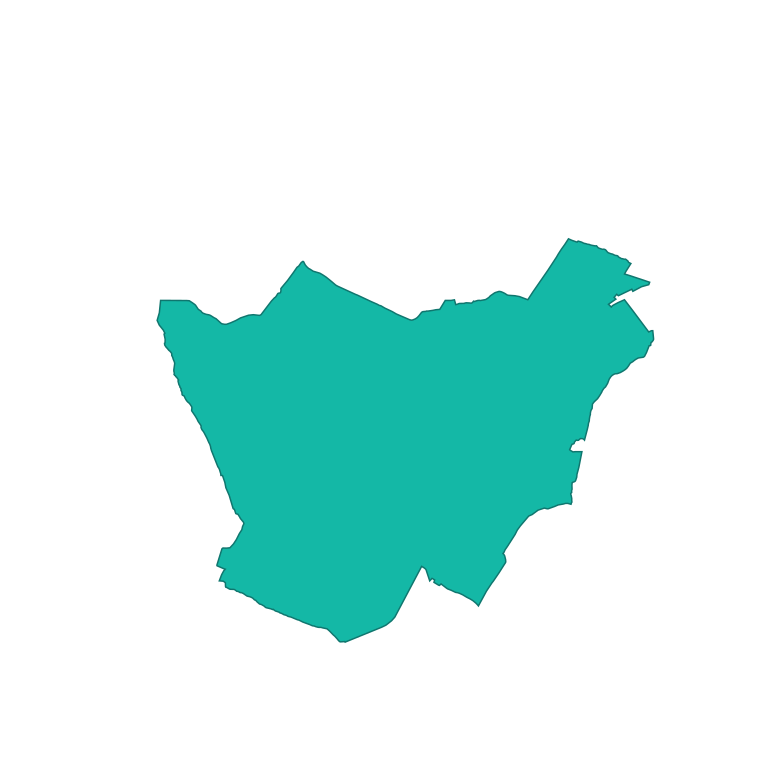 Laza, Vaslui, Romania, rotated 313°
{"feature_id": "2599482B98028982208936", "entity_name": "Laza", "entity_type": "district", "adm_level": 2, "iso_a3": "ROU", "parent_name": "Romania", "parent_adm1": "Vaslui", "projection": "albers", "projection_center": [27.592, 46.65], "detail": "fine", "context": "isolated", "style": "filled", "palette": "teal", "viewbox_px": 768, "rotation_deg": 313, "n_neighbors": 0, "source": "geoboundaries", "source_scale": "gbopen_adm2", "svg_char_len": 6171}
<svg xmlns="http://www.w3.org/2000/svg" viewBox="0 0 768 768"><g transform="rotate(313 384 384)"><path d="M286.1,604.4L302.4,600.2L312.0,598.6L314.4,598.4L324.2,596.9L336.1,594.7L336.9,594.4L338.5,592.7L340.6,589.5L341.1,587.9L341.2,586.6L342.8,586.5L345.4,585.6L349.0,585.1L363.3,582.5L368.1,581.1L373.0,580.5L386.1,579.9L389.6,581.4L396.8,582.7L402.6,585.9L404.0,588.4L404.6,589.1L410.8,592.3L414.4,593.9L418.5,597.0L420.5,598.2L422.0,599.8L423.6,602.8L425.0,602.1L425.7,602.0L426.2,601.5L426.8,600.8L428.3,599.4L430.0,597.1L430.7,595.8L431.3,595.2L432.5,595.3L433.0,595.0L433.7,594.1L435.3,593.3L438.2,590.4L440.2,588.9L440.7,589.0L442.6,590.0L443.2,590.1L444.0,590.0L447.3,588.5L449.6,586.7L456.0,583.3L469.5,574.9L464.9,570.0L463.2,568.5L462.7,566.3L462.5,564.6L466.6,563.1L468.1,562.6L469.6,563.5L470.4,563.5L471.4,562.9L474.1,562.8L474.2,563.1L474.7,563.9L475.5,564.6L478.1,564.9L479.4,566.5L479.8,567.7L479.7,568.9L489.7,563.5L493.0,561.6L494.6,560.4L497.0,559.3L498.3,558.2L500.7,556.6L502.5,555.7L503.3,554.9L504.7,554.0L505.8,553.4L508.0,552.9L511.6,550.1L514.5,549.9L518.9,550.2L522.8,549.6L526.9,548.7L527.7,548.3L529.5,548.0L530.8,547.8L533.0,548.0L537.0,547.1L541.1,545.4L544.2,544.9L546.0,545.0L548.1,545.6L549.0,546.0L550.6,547.5L553.5,549.0L556.6,550.0L559.2,550.6L561.1,550.8L564.0,550.5L567.2,549.9L569.9,550.7L572.2,551.0L574.3,551.5L576.6,552.3L580.3,555.3L581.8,555.7L586.1,554.5L592.8,551.8L593.8,552.6L594.4,552.6L594.8,552.1L596.5,551.0L597.6,551.3L599.4,551.1L600.5,550.7L601.3,549.9L606.3,544.2L605.3,543.2L602.6,542.1L607.3,516.0L609.6,502.4L603.2,499.7L598.3,498.0L597.2,497.7L595.3,497.7L595.4,493.8L604.2,495.7L604.3,493.2L608.3,493.0L608.4,495.2L622.3,500.6L621.5,502.8L630.8,506.0L637.2,509.9L639.6,508.9L631.3,490.7L628.5,484.9L631.5,484.1L640.5,482.4L639.8,480.1L639.9,479.5L640.3,478.5L640.1,475.7L640.0,475.4L639.1,474.6L638.3,473.0L637.7,472.3L636.8,468.7L637.1,468.2L636.9,467.0L635.6,465.1L634.9,462.6L634.0,461.1L632.9,458.4L632.9,456.9L633.2,455.3L633.2,454.4L632.9,453.5L632.5,452.8L631.4,451.8L629.8,448.2L629.7,447.6L630.0,445.2L629.0,444.2L627.2,441.4L626.4,440.0L626.1,439.0L624.9,437.3L624.1,435.5L623.7,435.1L623.6,434.7L623.3,434.4L622.5,431.7L620.9,428.5L619.4,428.4L617.2,423.4L616.0,419.9L609.1,421.1L603.6,421.8L598.0,422.8L594.6,423.6L578.9,426.3L552.9,430.1L543.7,431.7L540.3,423.4L537.8,419.5L533.9,414.7L533.2,413.6L532.6,410.4L532.0,408.4L531.2,406.4L530.2,405.0L526.9,403.1L525.9,402.7L521.3,401.7L520.1,401.6L519.0,401.7L515.5,400.9L514.6,400.4L510.7,397.5L510.3,396.8L509.2,395.7L506.0,393.8L505.7,393.0L504.6,393.1L503.2,393.0L502.5,392.6L501.6,391.3L499.5,388.8L498.3,387.9L497.8,387.8L494.2,384.1L492.1,383.1L491.0,382.3L493.6,378.1L490.8,376.0L486.9,371.8L476.6,373.9L473.7,371.3L471.3,369.6L467.4,366.5L466.3,365.3L465.7,365.1L463.6,363.2L462.8,362.8L461.9,362.6L458.0,363.0L455.2,363.0L453.0,362.5L450.4,361.3L449.3,360.4L448.5,358.9L443.6,345.2L442.6,340.7L440.1,332.9L439.1,328.4L438.2,326.7L437.8,324.9L435.6,318.6L430.8,303.7L430.2,302.3L423.9,283.3L423.4,281.2L423.2,276.1L422.7,268.8L422.0,264.6L421.3,261.5L418.2,255.3L417.5,251.4L417.1,250.1L417.1,247.4L417.4,245.1L418.6,241.8L418.4,241.1L416.5,240.6L412.1,241.2L410.0,240.8L403.9,241.7L393.7,242.9L384.2,243.4L383.3,243.6L382.1,244.9L380.4,245.9L379.5,245.8L378.3,244.8L377.5,244.7L375.2,245.2L373.4,245.4L372.4,245.1L367.9,245.1L350.8,246.8L349.3,246.2L345.5,241.1L341.9,238.0L334.5,234.0L329.5,232.4L324.1,230.1L320.3,228.1L319.1,226.9L317.5,224.4L317.3,223.4L317.2,216.6L316.6,214.6L315.8,210.3L315.2,208.8L313.6,206.3L312.4,203.4L312.2,201.9L312.5,200.5L312.0,197.4L312.1,196.6L313.1,192.5L313.1,191.3L312.7,188.3L312.1,184.8L310.3,182.6L292.8,163.6L282.9,171.1L275.8,174.7L273.8,179.5L272.9,185.8L271.7,189.1L270.5,189.1L267.5,193.4L265.0,195.6L264.6,195.8L264.1,195.7L263.0,197.0L262.4,199.1L262.2,201.5L261.9,203.7L262.0,204.8L261.9,206.2L261.6,207.7L261.3,208.2L260.1,209.3L259.5,211.0L258.3,213.1L257.2,215.6L256.3,216.9L251.2,220.5L250.1,221.5L248.9,223.3L247.8,223.9L247.6,225.2L247.8,225.8L247.4,226.7L247.5,227.8L246.8,231.0L246.2,231.0L245.5,231.6L243.7,234.4L243.1,236.2L242.5,236.9L242.1,238.8L241.0,239.7L240.1,241.9L238.5,243.6L238.4,244.2L238.9,246.1L237.9,248.4L237.2,250.8L237.0,252.6L237.1,254.6L236.9,256.1L236.2,258.9L235.5,259.8L233.5,261.3L233.2,261.8L231.8,267.9L230.9,271.0L229.9,273.5L228.8,278.4L228.3,279.1L227.5,279.7L226.8,281.0L226.3,282.5L226.1,284.1L225.8,285.3L223.6,291.5L221.7,295.9L221.2,297.5L220.0,299.7L218.9,301.1L217.6,303.3L210.1,319.1L210.0,320.0L209.4,321.7L207.1,325.7L205.9,327.1L206.9,328.3L206.5,329.1L203.5,334.7L200.3,339.1L197.0,346.7L190.0,358.6L190.0,359.2L190.3,359.8L189.9,360.8L188.2,363.9L188.3,364.5L189.1,366.0L188.4,368.7L187.6,371.1L187.6,371.8L187.3,373.7L187.2,374.9L186.9,375.8L186.3,376.8L183.4,377.7L180.5,379.4L176.1,380.2L169.6,382.1L164.4,383.0L159.1,383.0L156.4,380.6L154.4,378.3L153.8,377.9L152.9,377.9L137.6,385.3L137.2,385.8L137.3,386.2L139.5,392.4L140.3,394.2L138.1,394.2L133.8,395.3L127.7,397.8L130.2,401.0L130.4,402.7L130.4,403.6L127.9,406.1L127.5,406.8L127.8,407.3L128.7,411.0L129.3,411.9L131.5,414.4L131.8,415.4L132.0,417.7L132.8,418.8L133.4,421.2L133.7,421.4L134.2,422.1L134.8,423.8L135.5,428.5L137.1,431.3L137.8,433.5L137.9,434.5L137.8,436.5L138.3,437.7L138.1,439.6L138.2,443.0L139.1,444.7L139.8,447.7L139.8,449.2L140.0,450.3L142.3,454.4L143.3,456.7L143.7,456.8L143.8,458.6L144.0,459.5L145.5,462.7L145.6,463.9L146.4,465.6L147.1,468.4L147.7,469.3L148.3,470.7L148.6,472.3L150.0,474.7L152.5,481.4L153.3,482.8L154.6,487.2L157.5,494.0L158.0,495.6L158.5,496.8L159.5,498.2L159.8,499.2L160.8,501.1L161.4,502.1L163.1,504.0L163.6,505.1L166.1,509.3L166.2,512.4L165.9,518.1L166.0,519.8L165.7,523.4L165.4,525.3L165.3,527.1L165.7,528.0L168.9,531.0L168.7,531.6L204.6,548.2L209.0,549.9L216.0,551.0L220.9,550.9L276.3,535.9L276.9,538.8L277.0,540.2L276.9,541.3L271.2,551.7L274.6,551.7L275.3,554.6L273.0,555.8L274.0,560.6L274.3,561.6L274.5,561.9L276.7,562.1L277.3,568.7L277.5,570.2L279.0,573.9L280.4,578.4L281.7,580.4L282.4,582.0L283.5,585.3L284.5,590.0L285.5,593.4L286.2,596.9L286.4,600.5L286.3,603.0L286.1,604.4Z" fill="#14b8a6" stroke="#0f766e" stroke-width="1.5"/></g></svg>